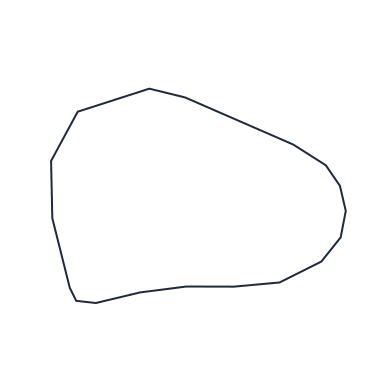 an SVG outline of Antipodes Islands, rotated 74°
{"feature_id": "NZL-5477", "entity_name": "Antipodes Islands", "entity_type": "state/province", "adm_level": 1, "iso_a3": "NZL", "parent_name": "New Zealand", "parent_adm1": "", "projection": "mercator", "projection_center": [178.798, -49.668], "detail": "fine", "context": "isolated", "style": "outline", "palette": "slate", "viewbox_px": 384, "rotation_deg": 74, "n_neighbors": 0, "source": "natural_earth", "source_scale": "10m", "svg_char_len": 383}
<svg xmlns="http://www.w3.org/2000/svg" viewBox="0 0 384 384"><g transform="rotate(74 192 192)"><path d="M294.5,86.8L303.1,132.8L294.5,177.9L281.3,223.5L274.2,269.7L272.2,315.1L264.7,333.3L250.4,335.9L178.7,333.5L123.3,318.9L83.3,279.7L80.9,204.6L99.2,172.6L174.4,81.5L203.2,56.0L226.9,48.1L252.6,49.4L276.6,61.6L294.5,86.8Z" fill="none" stroke="#1e293b" stroke-width="2"/></g></svg>